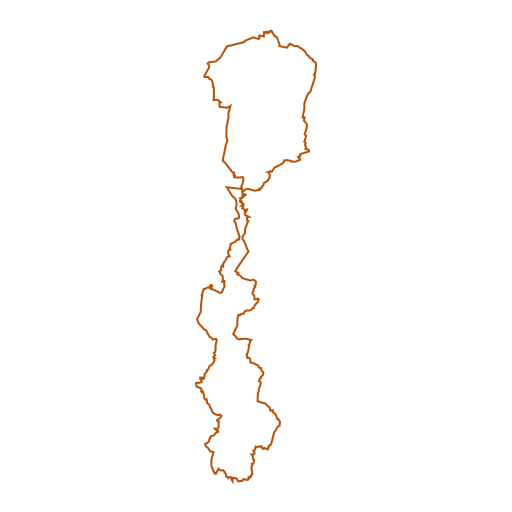 the district of Valle de Juárez, Jalisco, Mexico
{"feature_id": "50627088B88425942827940", "entity_name": "Valle de Juárez", "entity_type": "district", "adm_level": 2, "iso_a3": "MEX", "parent_name": "Mexico", "parent_adm1": "Jalisco", "projection": "natural_earth1", "projection_center": [-102.978, 19.815], "detail": "fine", "context": "isolated", "style": "outline", "palette": "amber", "viewbox_px": 512, "rotation_deg": 0, "n_neighbors": 0, "source": "geoboundaries", "source_scale": "gbopen_adm2", "svg_char_len": 6063}
<svg xmlns="http://www.w3.org/2000/svg" viewBox="0 0 512 512"><path d="M248.7,478.8L248.5,477.2L249.0,477.1L249.3,477.9L251.0,476.7L250.9,475.5L252.3,474.2L251.5,468.3L251.7,466.3L252.3,465.5L251.8,463.9L253.4,463.6L254.2,460.0L253.1,459.2L252.7,456.1L251.5,454.4L253.7,454.4L254.5,453.5L254.6,452.7L253.4,451.5L253.3,450.6L254.5,450.4L255.4,449.4L255.1,448.5L255.7,446.6L257.5,447.2L259.1,446.3L260.3,446.7L261.2,446.3L261.2,447.4L262.6,447.5L262.8,448.8L264.0,448.9L264.9,448.0L267.6,449.5L268.3,448.6L268.3,446.8L269.2,446.4L269.2,445.4L271.1,444.4L274.1,432.3L275.3,431.0L277.6,426.6L279.5,425.9L280.0,421.9L278.1,418.9L277.1,418.8L276.1,415.4L274.1,412.8L272.7,412.2L272.9,410.3L270.2,410.5L269.9,408.3L269.3,407.3L266.4,404.8L265.6,403.5L260.5,402.4L259.5,401.6L257.6,401.5L257.9,392.7L258.8,391.3L258.9,388.5L260.0,386.5L260.8,383.0L260.7,382.3L258.9,381.2L258.9,380.8L259.6,380.0L259.6,378.9L260.9,378.1L260.8,377.1L262.9,375.0L263.4,372.5L261.9,371.0L260.7,368.7L261.1,368.2L258.9,367.5L258.3,365.7L252.7,362.9L250.4,362.5L250.1,358.8L248.6,357.6L247.4,358.1L246.9,357.0L247.1,355.7L246.6,354.6L247.5,353.5L249.1,346.5L248.6,345.1L249.5,344.3L250.2,340.9L251.1,340.0L245.7,338.6L239.0,339.4L236.5,338.1L235.8,336.4L233.2,334.2L237.4,325.1L237.4,320.9L237.7,316.9L238.6,315.9L238.4,314.9L240.2,315.1L241.4,313.8L243.5,313.8L245.0,311.2L246.3,310.5L250.0,310.5L251.5,309.7L252.0,308.6L253.9,307.9L254.6,305.4L257.9,301.8L258.8,299.2L257.7,298.6L256.6,299.4L254.4,299.2L254.3,295.8L252.3,293.7L252.9,291.7L253.6,291.1L253.5,289.0L255.2,287.0L254.5,285.7L255.7,284.9L256.0,281.7L253.7,279.7L250.2,280.5L242.1,278.1L240.8,276.0L237.3,274.2L238.4,273.1L235.3,271.2L237.7,267.1L248.4,251.6L244.0,241.0L242.5,239.2L242.4,237.5L242.9,235.9L244.9,233.5L245.0,229.7L247.4,222.5L248.2,221.5L248.3,220.9L247.1,220.2L246.8,218.3L247.4,217.4L249.2,217.0L247.0,215.7L245.8,215.7L244.6,213.8L245.1,212.2L246.2,211.6L246.9,209.5L244.5,210.2L243.1,207.8L242.4,208.0L243.4,205.8L241.7,205.7L243.2,204.7L243.4,203.9L241.0,202.6L239.3,200.5L241.5,201.4L240.0,198.4L242.3,197.9L245.7,194.7L245.0,194.2L243.8,195.0L243.4,194.5L242.4,195.8L242.7,193.4L242.1,192.4L242.5,189.8L243.1,191.4L245.0,189.8L247.6,188.7L254.4,190.7L258.3,190.2L259.0,188.9L259.9,189.7L260.7,188.4L261.9,187.7L261.9,186.7L263.4,185.1L264.0,183.0L267.2,181.1L269.1,178.8L269.9,175.3L268.7,172.6L267.7,172.2L270.7,171.2L271.6,171.9L274.8,167.2L277.1,166.5L283.5,162.7L284.1,160.4L287.4,160.1L291.5,161.1L291.6,161.7L295.6,161.7L300.2,159.8L300.2,158.9L299.3,158.7L298.1,157.0L300.1,156.1L299.7,155.5L300.1,154.2L309.1,151.4L308.7,149.9L305.4,148.9L306.2,147.0L304.9,145.1L305.8,143.1L304.3,141.7L306.2,135.9L304.6,134.2L306.8,127.9L306.9,124.6L305.8,122.6L303.9,120.7L304.7,117.5L302.6,117.5L304.3,109.2L304.3,103.8L304.7,102.1L308.1,93.4L309.8,92.3L310.5,91.2L314.7,78.1L314.9,76.4L314.0,74.7L315.2,74.0L315.0,72.4L315.5,71.7L316.1,64.2L315.7,62.7L312.6,60.5L312.9,59.4L309.6,57.7L308.8,56.0L306.6,54.7L305.4,51.9L301.8,48.6L300.5,48.2L297.5,46.0L294.7,46.2L289.8,43.7L286.9,47.7L279.4,46.1L279.5,44.4L277.1,37.5L274.3,35.6L271.4,30.7L270.1,31.0L269.8,32.3L267.6,33.0L267.5,31.8L265.7,31.9L265.7,32.7L263.9,32.2L263.9,36.4L259.5,35.5L259.5,37.7L259.0,37.7L258.8,39.0L253.4,37.4L245.9,40.4L243.5,42.3L226.9,46.4L220.5,57.3L215.7,61.5L209.0,62.3L207.7,63.4L209.0,65.8L209.2,67.3L204.2,76.3L204.7,77.0L208.3,77.1L209.4,78.9L210.9,79.4L211.9,80.4L212.8,83.3L212.9,86.5L213.4,86.5L213.8,87.8L214.0,97.3L213.5,99.1L213.9,99.4L213.8,100.1L217.0,99.8L218.4,100.3L220.6,102.3L219.4,102.5L219.6,106.8L227.2,107.8L228.5,107.0L228.9,107.3L230.4,106.1L228.3,113.8L228.6,116.9L226.6,126.9L226.3,136.2L227.3,141.0L225.8,145.2L222.7,160.6L225.5,163.2L232.7,172.6L234.1,172.6L233.7,175.1L234.8,175.5L234.0,176.8L234.4,177.4L240.4,177.5L242.2,177.0L243.1,177.4L243.5,179.4L242.1,185.3L241.2,187.0L241.1,188.9L226.7,187.2L232.2,195.9L234.9,198.3L236.3,200.9L236.7,204.3L235.6,208.7L238.4,213.4L239.2,216.9L238.6,218.3L235.1,218.8L234.2,220.9L235.8,223.5L236.8,228.6L239.7,236.9L238.7,238.4L239.2,239.4L236.3,240.3L235.5,241.6L230.6,244.0L230.3,246.8L229.6,248.0L230.4,249.4L229.8,250.2L228.7,250.2L228.0,251.9L228.3,253.8L229.6,256.2L227.3,256.9L224.5,262.0L223.8,262.3L223.0,264.9L223.2,266.5L221.9,266.0L222.0,264.8L221.0,268.0L221.2,270.2L219.3,271.5L220.1,272.4L220.1,273.7L222.6,275.8L222.9,279.6L222.3,281.8L224.4,281.1L224.1,284.4L224.7,286.2L222.4,290.5L222.4,291.4L221.7,292.5L220.0,292.9L212.5,289.2L211.2,289.2L210.3,288.3L212.2,286.3L211.7,284.6L211.6,285.3L210.5,285.0L209.1,287.5L207.5,287.5L204.2,289.4L203.6,289.2L201.8,295.0L202.3,295.0L201.1,304.0L200.7,311.8L197.0,319.3L198.7,323.4L204.4,329.6L205.8,329.9L209.6,336.9L211.2,337.6L212.9,339.6L216.0,338.9L216.8,339.8L215.4,346.1L215.7,347.4L215.4,350.7L215.0,352.1L213.8,353.0L215.2,355.2L213.4,356.9L214.9,358.3L213.8,358.6L214.5,360.4L214.1,361.2L212.3,364.2L209.5,366.2L207.9,369.8L206.8,370.2L207.1,371.0L204.5,374.3L204.7,376.1L203.6,377.7L204.2,378.3L203.9,378.8L203.3,379.1L202.5,378.3L201.3,379.0L201.3,377.5L200.1,377.7L200.4,379.2L201.9,381.6L199.8,382.8L195.9,382.9L196.5,386.5L201.2,388.5L201.7,390.6L201.2,391.2L201.7,392.0L202.7,391.3L204.1,395.7L204.3,398.4L205.3,399.7L206.6,399.2L207.2,401.8L206.8,402.7L209.2,404.8L212.6,412.3L214.9,414.1L217.8,415.1L220.0,414.6L221.3,415.6L220.5,417.8L217.0,420.2L217.6,421.3L218.8,421.3L218.5,427.5L217.8,428.7L214.9,428.6L216.6,430.5L218.0,430.9L218.2,431.7L215.8,432.9L214.1,435.3L210.8,436.2L210.0,437.4L210.3,438.3L209.5,438.8L208.9,441.3L207.4,443.1L205.1,443.9L205.8,446.3L208.1,448.0L210.2,451.3L213.5,452.1L211.4,459.9L211.4,465.5L212.0,467.9L212.9,469.0L212.9,470.6L214.6,472.6L214.6,473.3L215.5,473.0L215.9,473.6L218.6,468.7L219.5,469.9L220.8,470.4L223.0,470.2L224.7,471.9L224.5,472.6L225.9,473.8L226.1,476.4L227.8,477.3L228.2,478.2L229.1,477.2L230.9,477.1L232.0,477.8L231.3,479.0L232.5,481.1L232.7,478.4L233.2,477.8L236.6,478.5L238.1,481.3L242.6,480.8L242.8,479.5L244.9,479.2L245.9,479.8L247.7,479.7L248.1,480.6L247.9,479.2L248.7,478.8Z" fill="none" stroke="#b45309" stroke-width="2"/></svg>